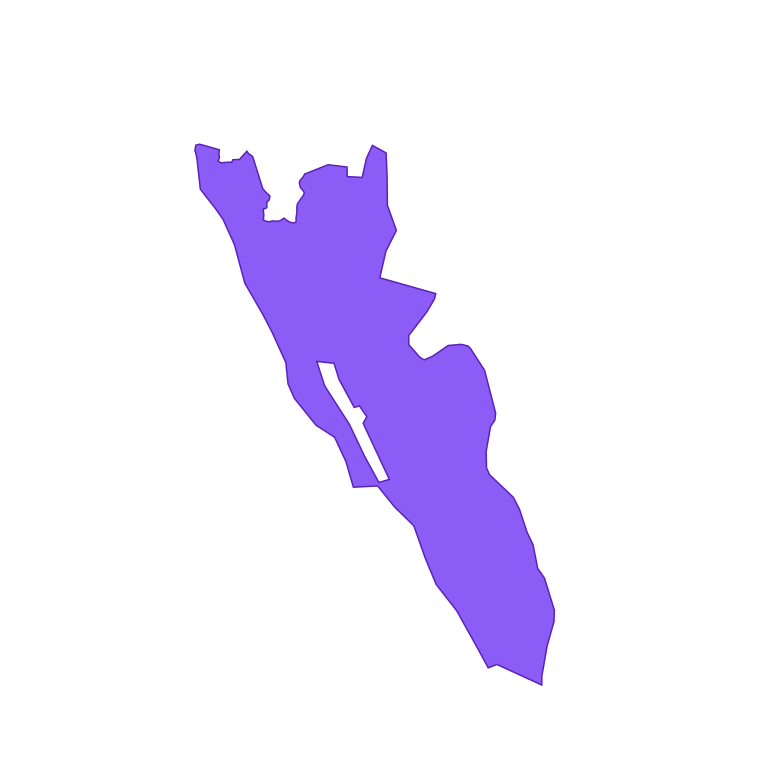 Kibray, Tashkent, Uzbekistan (orthographic projection), rotated 116°
{"feature_id": "79887680B41962593359700", "entity_name": "Kibray", "entity_type": "district", "adm_level": 2, "iso_a3": "UZB", "parent_name": "Uzbekistan", "parent_adm1": "Tashkent", "projection": "orthographic", "projection_center": [69.431, 41.454], "detail": "fine", "context": "isolated", "style": "filled", "palette": "violet", "viewbox_px": 768, "rotation_deg": 116, "n_neighbors": 0, "source": "geoboundaries", "source_scale": "gbopen_adm2", "svg_char_len": 1816}
<svg xmlns="http://www.w3.org/2000/svg" viewBox="0 0 768 768"><g transform="rotate(116 384 384)"><path d="M264.1,650.5L289.4,634.5L300.6,611.7L306.6,600.8L324.3,579.5L354.4,553.3L374.7,523.2L386.6,507.2L407.8,481.6L426.0,470.3L436.2,458.2L450.9,426.9L453.5,405.1L470.5,384.1L490.2,366.3L478.4,345.0L489.8,320.8L498.4,295.0L522.9,270.1L541.3,249.2L555.9,219.3L579.4,185.6L593.4,165.9L586.6,159.6L585.4,110.2L577.6,114.0L547.7,122.6L526.1,126.5L522.9,127.1L512.5,131.8L488.1,154.7L482.3,165.1L463.3,179.4L454.7,190.2L437.2,207.3L429.2,218.0L419.3,249.3L414.6,255.0L399.8,262.6L375.5,269.6L367.8,268.5L361.2,270.9L327.6,299.6L314.2,321.8L313.0,325.2L314.6,332.2L321.2,343.1L338.0,352.7L344.7,358.5L344.2,363.6L337.9,378.8L329.7,383.0L300.5,377.1L285.5,375.9L280.1,377.1L290.4,434.3L263.7,440.5L240.5,440.2L221.9,459.3L195.9,472.3L175.4,483.4L174.6,499.0L188.9,498.7L207.9,494.2L213.7,508.0L205.2,512.3L211.4,530.3L230.1,547.4L232.6,547.3L238.6,548.8L240.8,547.9L244.0,545.3L245.3,542.4L246.7,539.7L249.6,539.1L255.2,540.1L260.1,540.8L263.2,539.9L268.0,537.5L273.2,535.9L275.5,534.7L277.1,534.2L278.9,535.7L279.8,539.5L279.5,543.3L278.7,546.5L283.0,549.1L284.8,551.9L286.4,555.9L288.2,557.7L289.4,561.1L289.5,564.3L284.7,566.1L280.6,568.8L279.3,569.0L278.4,567.5L276.7,566.6L274.4,567.8L271.5,569.1L269.6,568.0L267.5,568.2L265.0,569.0L263.9,572.6L263.0,575.4L261.4,578.8L238.4,600.5L237.0,602.2L236.3,606.7L234.9,609.3L245.6,612.4L248.7,618.2L251.5,618.0L252.4,620.3L256.8,627.8L256.0,631.1L253.0,631.0L249.0,633.5L245.7,634.6L248.5,650.6L249.4,655.0L251.9,657.8L257.1,656.3L259.9,653.6L264.1,650.5ZM457.2,370.1L435.5,397.3L411.7,436.5L393.2,454.3L387.3,438.0L399.5,426.5L418.1,400.5L414.5,396.4L420.9,385.1L428.5,385.5L467.4,337.4L474.7,345.5L457.2,370.1Z" fill="#8b5cf6" stroke="#5b21b6" stroke-width="1.5"/></g></svg>